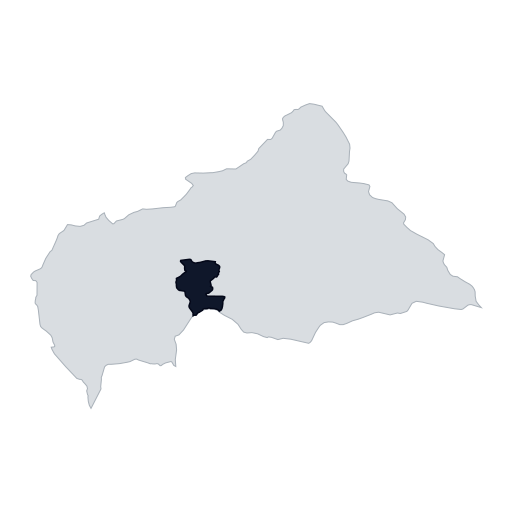 location of Kémo within Central African Republic
{"feature_id": "CAF-808", "entity_name": "Kémo", "entity_type": "Prefecture", "adm_level": 1, "iso_a3": "CAF", "parent_name": "Central African Republic", "parent_adm1": "", "projection": "orthographic", "projection_center": [19.388, 5.737], "detail": "fine", "context": "in_parent", "style": "filled", "palette": "ink", "viewbox_px": 512, "rotation_deg": 0, "n_neighbors": 0, "source": "natural_earth", "source_scale": "10m", "svg_char_len": 6152}
<svg xmlns="http://www.w3.org/2000/svg" viewBox="0 0 512 512"><path d="M363.9,183.6L369.0,184.9L369.9,186.5L368.5,191.6L369.6,194.8L372.5,197.5L375.4,198.6L378.2,199.3L387.8,200.9L391.9,202.7L397.3,208.7L404.0,214.1L405.7,217.0L405.4,219.7L403.5,222.9L403.8,224.2L406.9,227.4L410.5,230.6L416.9,234.2L428.1,239.8L433.3,243.6L435.0,246.5L437.9,249.6L441.9,252.5L444.6,254.7L442.9,261.0L443.5,263.0L444.5,264.8L446.8,267.3L447.8,270.4L450.2,274.4L452.9,276.2L457.5,276.8L460.0,278.6L465.0,281.7L469.9,284.4L472.1,286.2L473.4,287.9L474.5,289.8L475.1,291.8L475.2,296.1L476.1,301.3L478.8,304.9L481.3,307.6L471.3,304.6L469.8,304.6L468.0,305.1L462.9,309.0L461.2,309.5L454.7,308.8L438.8,306.0L426.5,303.2L422.8,302.2L416.3,301.3L412.0,303.3L408.0,310.1L406.8,311.4L400.4,313.5L397.4,313.0L390.1,314.9L378.6,312.2L374.6,312.8L371.4,314.2L363.2,317.4L358.2,319.2L352.5,320.8L347.0,323.3L343.3,324.6L339.7,324.6L336.4,323.3L332.8,322.1L328.5,321.9L324.1,322.6L320.3,325.3L318.8,327.3L315.5,332.4L311.6,340.7L310.1,342.4L308.7,343.3L290.8,339.2L283.1,338.3L277.9,339.6L271.4,337.3L268.5,336.9L267.2,337.6L263.5,336.6L257.6,333.8L251.9,332.6L246.9,333.0L243.7,332.1L241.2,329.3L238.0,324.3L232.2,319.3L224.3,315.3L219.5,312.2L217.5,310.2L213.3,309.1L206.9,308.9L200.7,310.9L191.8,317.1L183.5,330.0L178.9,334.9L175.2,336.2L174.3,339.3L176.1,344.2L176.6,349.9L175.3,359.5L175.8,366.5L173.8,365.4L171.9,362.1L171.0,361.5L165.6,362.9L162.8,364.3L161.2,365.6L160.1,365.7L158.4,364.0L157.0,363.6L154.9,364.0L152.7,363.9L151.2,363.7L150.3,363.8L147.7,362.8L138.4,360.0L136.7,359.1L134.9,359.2L130.0,361.6L127.4,362.2L119.7,363.6L111.4,364.3L108.2,364.3L106.0,365.4L104.6,366.8L102.0,375.7L101.3,377.2L101.4,379.5L100.7,386.6L101.0,388.9L91.0,408.4L89.3,405.2L88.3,401.3L87.9,396.9L88.2,395.8L87.5,394.5L86.7,390.9L87.5,388.5L86.9,386.1L84.9,383.7L83.2,381.9L82.2,380.2L81.3,379.5L79.4,379.3L76.8,378.4L65.8,366.8L54.4,353.8L52.1,349.6L51.2,347.2L54.0,346.9L54.7,346.5L54.7,345.3L53.0,342.0L52.2,337.8L50.8,335.2L46.4,331.2L42.1,328.1L40.7,326.6L40.0,324.4L38.4,310.4L37.7,306.4L36.4,304.6L35.4,303.8L35.1,302.8L35.3,300.3L35.8,298.1L35.8,297.3L37.0,295.3L37.1,282.4L35.7,280.6L33.2,280.5L31.8,278.6L30.7,276.3L31.1,274.6L33.6,272.0L35.2,271.0L40.1,268.9L41.5,267.9L42.3,266.6L42.9,264.9L45.8,258.3L50.1,251.7L51.9,250.3L56.2,240.6L57.2,238.1L58.0,235.6L59.3,233.6L64.0,230.4L67.5,224.6L71.3,224.9L75.2,225.9L80.1,226.4L84.0,225.3L86.6,223.0L98.7,219.2L99.6,216.1L101.5,214.5L103.7,213.1L104.5,212.9L104.6,213.9L106.0,217.2L108.7,220.4L112.7,223.9L113.9,223.7L116.4,221.0L122.7,219.4L124.3,218.7L128.8,214.8L134.1,212.3L137.3,211.5L142.7,208.9L146.6,209.3L152.8,208.9L163.1,207.7L170.6,207.3L174.4,206.8L175.3,206.3L176.8,202.5L177.9,201.5L180.8,199.9L186.3,194.3L189.9,189.5L191.0,187.8L191.7,187.5L193.3,185.5L191.7,183.4L185.6,179.2L185.7,178.6L185.3,177.9L185.7,177.3L188.0,175.6L191.2,173.6L194.6,172.9L203.4,173.1L210.9,172.7L212.6,172.7L218.5,171.7L222.5,170.8L226.6,168.8L235.9,169.0L243.6,163.8L245.9,162.9L246.8,162.1L247.1,161.3L250.7,159.3L254.8,155.0L258.0,151.2L258.8,148.5L267.5,139.4L270.6,139.5L272.1,138.4L275.5,132.3L276.6,131.2L280.2,130.1L281.9,128.3L283.3,125.6L283.3,122.3L282.6,119.7L282.6,118.4L283.5,117.2L284.8,116.0L291.5,112.7L293.1,111.1L294.1,109.7L296.0,109.4L298.0,109.5L299.3,108.7L300.7,107.2L305.3,105.1L309.5,103.6L314.0,104.2L322.1,106.2L324.6,110.5L325.8,112.0L335.9,122.2L337.8,124.6L342.9,132.0L346.0,137.0L349.6,144.2L350.0,148.1L349.5,151.5L349.0,161.0L348.1,163.8L343.7,169.0L343.6,171.3L344.5,173.2L345.9,174.0L346.7,174.9L346.2,179.4L347.8,181.1L351.2,182.3L359.5,183.0L363.9,183.6Z" fill="#d9dde1" stroke="#a8b0b8" stroke-width="1"/><path d="M219.3,311.2L219.0,310.7L218.6,310.3L218.1,309.9L216.6,309.2L215.5,309.0L214.8,308.7L214.5,308.6L210.5,308.5L209.2,307.9L208.5,308.0L207.4,308.6L206.7,308.7L204.4,308.6L203.7,308.8L203.1,309.2L202.4,310.3L199.3,312.2L197.7,313.0L197.4,313.3L196.9,314.2L196.2,315.1L195.6,315.2L194.0,315.2L193.5,315.4L193.1,315.7L193.0,314.7L193.2,313.5L193.1,313.4L192.6,312.1L189.4,307.7L189.1,306.8L189.0,306.0L189.2,305.1L190.1,302.5L190.3,301.7L190.2,301.0L189.9,300.2L189.1,298.9L188.7,298.3L188.4,298.0L187.6,297.6L186.4,296.7L185.9,296.1L185.5,295.4L185.0,292.0L184.7,291.4L184.3,291.1L180.4,290.5L179.8,290.5L178.5,289.9L176.7,287.8L176.4,285.9L176.4,284.3L176.3,283.7L176.0,282.8L176.0,282.2L176.1,281.5L176.5,280.5L176.6,279.9L176.5,279.4L176.4,278.8L176.4,278.5L176.5,278.3L178.3,277.5L179.0,277.1L180.1,276.5L180.7,276.1L182.6,274.2L183.8,273.3L184.5,272.7L185.8,272.0L186.2,271.6L186.3,271.3L186.3,271.1L186.0,271.0L185.2,270.6L184.9,270.4L184.8,269.9L184.7,269.3L184.6,268.3L184.7,266.4L184.6,265.9L184.2,265.3L181.1,262.2L180.6,261.5L180.5,261.1L180.6,260.9L180.8,260.4L188.6,259.4L189.9,259.3L190.8,259.6L191.1,260.0L191.5,260.8L192.0,261.6L192.6,262.1L193.4,262.5L194.7,263.0L195.6,263.1L196.3,263.0L197.7,262.7L200.1,262.4L205.7,260.9L208.0,260.8L215.3,261.7L215.1,262.6L215.1,262.8L215.2,263.1L215.4,263.4L215.7,263.7L216.0,264.0L216.3,264.2L216.7,264.4L217.8,264.9L218.3,265.1L219.0,265.7L219.6,266.4L219.7,267.1L219.6,267.8L219.0,269.5L218.8,270.2L218.9,270.6L219.3,271.3L219.3,271.6L219.1,271.9L218.5,272.6L218.3,273.0L218.3,273.3L218.6,273.9L218.6,274.2L218.5,274.3L218.3,274.5L218.1,274.7L217.8,275.2L217.4,275.9L216.9,276.7L216.7,276.9L216.5,277.0L216.2,277.0L215.6,276.9L215.3,276.9L215.1,276.9L214.9,276.9L214.7,277.0L214.4,277.2L214.3,277.3L214.2,277.4L214.0,277.8L213.6,278.3L210.7,280.6L210.2,281.2L210.2,281.7L211.0,284.9L211.1,285.3L211.1,285.5L210.6,286.1L210.5,286.3L210.7,286.5L210.8,286.6L212.2,287.1L212.5,287.3L212.6,287.8L212.7,288.9L212.5,289.7L212.1,290.3L208.9,293.0L208.4,293.2L206.8,293.4L206.5,293.6L206.1,293.7L205.8,294.1L205.8,294.4L205.9,294.6L206.2,294.8L206.4,295.0L206.6,295.3L206.9,296.0L207.6,296.2L222.4,296.3L224.1,296.6L224.8,297.0L224.7,297.6L224.6,298.0L224.5,298.4L224.3,298.6L224.0,299.0L223.8,299.3L223.4,300.3L223.1,300.8L222.9,301.2L222.8,301.9L222.8,304.1L222.6,304.7L222.6,305.2L222.5,306.2L221.9,308.7L221.3,309.7L220.9,310.3L220.4,310.6L220.1,310.7L219.3,311.2L219.3,311.2Z" fill="#0f172a" stroke="#020617" stroke-width="1.5"/></svg>